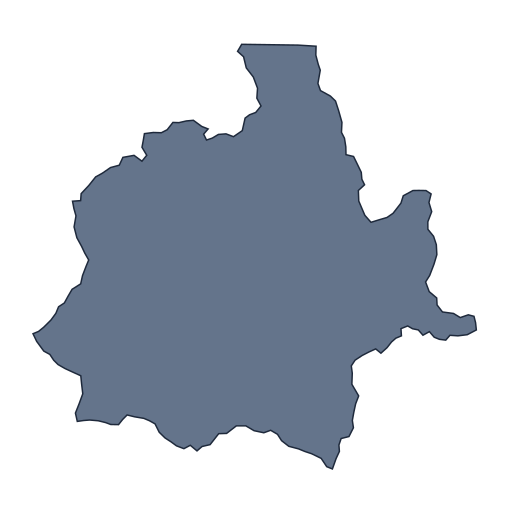 Salto de Pirapora, São Paulo, Brazil (Natural Earth projection), rotated 181°
{"feature_id": "56859067B30320122732425", "entity_name": "Salto de Pirapora", "entity_type": "district", "adm_level": 2, "iso_a3": "BRA", "parent_name": "Brazil", "parent_adm1": "São Paulo", "projection": "natural_earth1", "projection_center": [-47.59, -23.661], "detail": "fine", "context": "isolated", "style": "filled", "palette": "slate", "viewbox_px": 512, "rotation_deg": 181, "n_neighbors": 0, "source": "geoboundaries", "source_scale": "gbopen_adm2", "svg_char_len": 2491}
<svg xmlns="http://www.w3.org/2000/svg" viewBox="0 0 512 512"><g transform="rotate(181 256 256)"><path d="M34.4,185.9L35.3,193.2L37.0,199.5L42.7,200.9L50.7,198.0L57.5,202.0L68.6,203.3L74.1,210.2L74.6,217.2L82.2,223.4L86.0,233.0L82.0,239.6L77.9,250.9L75.2,260.5L75.9,270.5L78.8,278.8L84.6,285.7L84.8,293.2L81.1,303.4L84.0,312.5L82.0,321.1L87.2,324.4L94.4,324.4L100.2,324.2L109.8,318.8L112.0,311.4L115.5,306.7L119.7,301.1L125.7,296.8L133.1,294.5L141.6,291.7L147.9,298.6L154.2,312.7L154.8,323.3L148.7,329.1L151.5,334.6L152.2,341.5L156.8,350.6L160.2,357.2L167.8,358.9L168.1,366.7L169.6,375.3L172.7,381.1L172.4,391.1L175.9,402.7L179.2,412.3L184.4,417.2L194.4,422.5L197.1,429.6L195.0,442.9L197.1,448.7L199.7,457.9L199.6,466.8L217.7,467.6L274.0,467.4L278.0,460.3L271.9,455.0L269.0,443.9L261.8,434.9L257.4,423.8L257.9,413.8L253.6,406.1L258.8,399.5L264.9,397.1L269.3,393.7L271.9,381.1L280.6,374.9L288.1,377.6L295.7,376.9L301.8,373.1L307.5,371.1L310.5,376.9L306.1,382.2L312.5,384.6L321.0,390.6L328.1,389.8L335.4,388.0L341.4,388.1L347.0,380.7L352.8,377.6L360.9,377.7L369.7,376.4L370.8,369.1L371.9,362.7L367.0,354.8L371.7,348.8L379.7,354.5L390.8,352.3L394.3,344.4L403.0,341.9L411.1,336.1L417.7,332.3L424.4,323.6L431.9,315.3L432.3,308.3L440.4,307.6L438.9,300.3L436.7,293.0L438.4,281.9L435.4,271.1L430.5,262.5L427.3,256.0L423.2,249.1L425.8,242.5L429.1,233.4L430.8,225.1L439.3,219.5L443.0,212.9L446.8,205.7L452.5,201.8L455.1,195.2L459.9,188.4L467.1,181.0L472.1,176.8L477.6,174.4L473.8,166.8L466.5,157.2L460.4,154.0L456.4,148.2L452.0,144.0L444.9,140.1L438.1,137.1L429.1,133.2L428.2,125.6L426.8,115.2L430.3,105.1L433.8,95.8L431.8,87.5L425.6,88.5L419.5,89.1L410.8,88.5L403.4,86.8L398.3,85.0L390.5,85.0L386.5,90.2L382.1,94.8L374.6,93.1L365.3,91.7L359.8,89.5L354.0,86.4L349.7,78.1L343.8,72.5L337.7,68.7L332.2,64.8L324.7,62.1L318.4,65.6L311.6,60.1L306.6,64.6L298.6,66.6L290.2,77.7L282.3,78.1L272.7,85.8L263.2,86.0L254.9,81.3L245.1,79.4L238.3,82.0L231.4,78.1L227.2,71.8L219.9,66.3L210.1,63.9L203.7,61.4L197.0,59.3L187.3,54.8L181.6,46.6L175.9,44.4L172.4,54.8L169.2,62.1L169.8,68.5L167.7,75.0L159.9,77.1L155.6,86.0L156.8,93.3L155.5,101.3L153.8,109.9L150.9,117.9L157.9,129.4L157.7,140.5L158.8,147.8L155.1,153.6L148.1,158.4L141.4,162.0L134.7,165.2L129.4,161.0L123.4,166.6L119.0,172.4L114.7,176.3L109.2,178.7L109.8,185.9L103.1,188.7L98.2,186.0L92.4,184.9L87.7,179.7L81.3,183.4L76.4,177.9L71.2,175.9L64.8,175.2L60.7,180.1L52.7,179.7L43.4,181.0L34.4,185.9Z" fill="#64748b" stroke="#1e293b" stroke-width="1.5"/></g></svg>